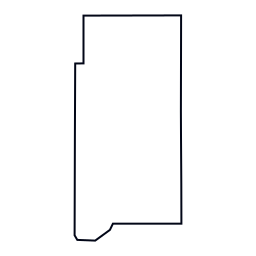 outline of Martin, Indiana, United States of America
{"feature_id": "52423323B6145912014640", "entity_name": "Martin", "entity_type": "district", "adm_level": 2, "iso_a3": "USA", "parent_name": "United States of America", "parent_adm1": "Indiana", "projection": "natural_earth1", "projection_center": [-86.816, 38.7], "detail": "fine", "context": "isolated", "style": "outline", "palette": "ink", "viewbox_px": 256, "rotation_deg": 0, "n_neighbors": 0, "source": "geoboundaries", "source_scale": "gbopen_adm2", "svg_char_len": 305}
<svg xmlns="http://www.w3.org/2000/svg" viewBox="0 0 256 256"><path d="M181.1,15.4L83.5,15.6L83.5,45.7L83.5,63.4L75.2,63.5L74.9,135.6L74.6,235.3L77.3,239.9L95.2,240.6L109.9,229.9L112.9,223.7L181.4,223.7L181.3,183.8L181.0,135.5L180.9,111.5L181.1,15.4Z" fill="none" stroke="#020617" stroke-width="2"/></svg>